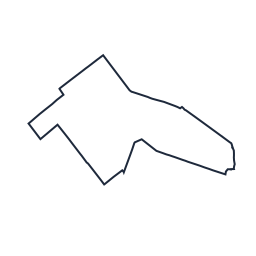 Lunca, Teleorman, Romania (Equal Earth projection), rotated 250°
{"feature_id": "2599482B88621270188908", "entity_name": "Lunca", "entity_type": "district", "adm_level": 2, "iso_a3": "ROU", "parent_name": "Romania", "parent_adm1": "Teleorman", "projection": "equal_earth", "projection_center": [24.774, 43.859], "detail": "fine", "context": "isolated", "style": "outline", "palette": "slate", "viewbox_px": 256, "rotation_deg": 250, "n_neighbors": 0, "source": "geoboundaries", "source_scale": "gbopen_adm2", "svg_char_len": 1601}
<svg xmlns="http://www.w3.org/2000/svg" viewBox="0 0 256 256"><g transform="rotate(250 128 128)"><path d="M73.2,219.7L73.3,219.7L73.6,219.3L74.3,219.3L74.5,219.7L76.9,219.8L77.0,219.9L78.4,219.8L79.9,218.7L85.2,215.2L96.1,207.9L103.7,202.8L113.8,196.0L124.8,188.5L125.7,187.6L126.2,187.3L127.5,186.9L129.3,185.9L128.7,183.7L130.9,181.6L132.7,179.6L138.4,172.9L140.2,170.8L142.0,168.2L144.3,164.9L147.2,160.8L148.8,158.9L150.4,157.2L157.3,148.4L160.2,144.7L160.9,143.7L162.9,142.4L204.9,129.5L202.8,122.6L199.2,111.2L198.6,109.1L195.0,97.7L192.7,90.3L188.8,78.0L188.3,77.0L183.4,78.2L182.3,78.5L181.3,78.7L178.7,70.6L176.4,64.9L173.8,57.0L171.7,50.8L171.4,49.9L169.0,43.5L167.6,39.9L166.2,36.1L165.9,36.2L147.5,41.9L155.2,62.9L149.9,64.7L138.1,68.6L133.5,70.0L119.8,74.3L118.1,74.9L110.3,77.2L109.8,77.3L108.3,78.3L101.5,80.5L89.0,84.5L83.1,86.3L83.2,86.7L87.0,97.7L89.9,107.2L90.2,108.1L88.0,109.0L87.9,109.0L101.4,120.4L106.3,124.5L111.7,128.8L112.2,129.5L112.7,136.8L112.7,137.0L96.8,146.9L92.2,152.5L90.0,155.1L88.2,157.6L86.3,159.9L84.9,161.7L82.6,164.5L79.3,168.5L77.5,170.8L75.9,172.6L70.7,179.2L68.0,182.6L64.8,186.4L61.8,190.2L59.2,193.3L51.1,203.7L53.6,205.1L55.1,207.6L54.4,209.6L54.2,209.9L54.3,209.9L54.3,210.2L53.6,212.4L53.5,212.5L53.2,213.5L53.3,213.5L53.7,213.6L54.6,214.0L55.5,214.5L55.8,214.7L56.3,215.0L56.6,215.2L56.8,215.4L57.5,215.9L59.9,216.3L60.4,216.4L60.9,216.5L61.0,216.5L62.1,216.8L64.4,217.5L64.8,217.7L66.3,218.3L67.7,218.8L68.9,219.2L69.9,219.5L70.3,219.7L71.0,219.7L71.3,219.7L71.9,219.7L72.7,219.6L73.2,219.7Z" fill="none" stroke="#1e293b" stroke-width="2"/></g></svg>